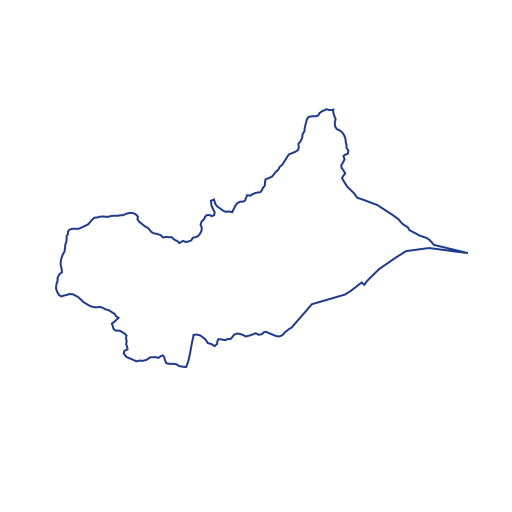 Cícero Dantas, Bahia, Brazil (Robinson projection), rotated 311°
{"feature_id": "56859067B8111110318306", "entity_name": "Cícero Dantas", "entity_type": "district", "adm_level": 2, "iso_a3": "BRA", "parent_name": "Brazil", "parent_adm1": "Bahia", "projection": "robinson", "projection_center": [-38.461, -10.521], "detail": "fine", "context": "isolated", "style": "outline", "palette": "blue", "viewbox_px": 512, "rotation_deg": 311, "n_neighbors": 0, "source": "geoboundaries", "source_scale": "gbopen_adm2", "svg_char_len": 3884}
<svg xmlns="http://www.w3.org/2000/svg" viewBox="0 0 512 512"><g transform="rotate(311 256 256)"><path d="M271.1,187.3L268.2,185.8L265.2,188.8L263.5,192.1L261.9,196.1L259.5,197.6L257.1,196.5L256.2,193.6L254.4,192.0L252.0,191.9L249.6,192.7L246.5,192.3L243.3,193.6L241.6,196.8L239.0,198.4L236.7,199.0L234.5,199.2L232.3,199.0L230.5,197.8L228.0,196.4L225.4,196.9L223.0,195.7L220.6,194.0L219.5,191.0L215.5,189.7L215.6,186.8L214.7,183.4L214.9,180.0L213.1,178.0L211.9,176.1L209.0,173.7L209.2,170.3L207.6,166.6L205.9,163.7L205.5,161.1L206.3,156.3L205.5,152.9L205.4,148.8L205.2,144.9L206.0,142.4L208.3,141.0L208.5,137.6L207.7,135.1L205.9,132.6L202.5,130.2L199.8,129.0L197.4,126.7L194.9,124.5L193.4,122.5L190.8,120.2L188.2,118.4L185.8,115.1L183.2,112.3L180.9,110.9L178.9,108.9L175.5,108.5L172.6,108.5L169.6,108.5L166.1,107.0L163.1,105.7L160.1,104.2L158.3,102.2L156.2,99.6L153.5,98.0L151.0,98.0L149.3,99.7L146.6,100.0L144.5,102.1L142.5,103.4L139.8,104.5L136.7,106.6L133.9,108.5L130.0,109.3L126.0,110.9L123.1,112.7L121.0,114.6L118.9,117.5L116.5,120.2L112.9,119.6L109.2,120.6L107.5,122.3L105.2,123.2L102.4,124.8L100.3,126.4L98.6,129.3L97.3,132.7L97.8,135.7L99.9,136.8L102.6,138.8L104.6,139.9L106.8,142.5L107.6,145.6L108.3,148.3L108.3,152.2L108.0,155.5L108.6,159.4L109.3,163.4L110.9,167.1L113.0,169.7L114.8,171.1L116.2,173.8L117.0,177.3L118.5,180.3L118.9,183.4L119.6,187.3L118.8,189.5L119.1,192.8L113.5,192.3L110.5,191.5L109.0,194.1L107.4,196.5L107.7,199.2L109.8,201.5L110.7,204.2L111.2,207.8L111.1,210.4L108.9,211.6L106.9,214.2L104.2,215.9L103.1,218.0L101.2,220.3L98.1,218.9L95.7,220.1L94.8,224.4L95.7,227.4L96.8,230.7L98.0,234.8L100.8,236.8L102.4,239.2L105.8,241.5L110.0,242.6L111.7,244.4L113.4,246.0L115.1,249.2L117.8,249.8L119.9,250.9L119.4,253.3L117.7,255.5L116.2,258.7L118.2,261.9L120.6,264.6L122.2,267.2L122.4,270.1L124.4,273.4L126.4,276.1L131.5,274.2L134.1,272.9L138.0,270.8L149.8,263.8L152.9,262.3L155.4,260.6L157.8,262.7L159.5,266.1L159.8,269.7L159.7,273.5L158.6,276.7L160.3,280.0L160.7,283.8L164.2,284.3L166.6,282.6L168.8,282.3L170.7,285.2L172.4,288.2L174.5,288.9L176.8,291.3L179.7,291.3L182.1,291.0L185.3,292.8L186.7,295.2L187.8,297.8L188.5,301.0L191.6,303.2L194.7,305.0L197.5,306.4L198.3,309.7L200.9,311.8L203.3,311.9L205.3,313.1L206.2,316.1L207.8,320.8L208.9,324.0L210.5,326.3L212.9,327.6L215.0,328.0L217.5,327.9L219.7,328.4L222.4,328.8L225.2,329.8L248.9,329.8L252.0,329.8L256.3,329.8L285.1,348.3L291.7,350.4L305.3,353.1L305.3,356.6L310.0,356.2L327.0,357.5L336.2,359.9L340.9,361.1L346.4,362.5L358.1,366.0L373.3,379.4L375.7,381.6L379.3,387.0L389.1,401.9L397.2,414.0L381.1,383.0L381.7,379.0L381.9,376.3L381.7,373.5L380.4,370.1L378.8,366.2L376.2,354.8L377.3,351.5L376.5,347.4L376.5,343.6L377.2,339.5L376.6,332.4L374.1,314.3L367.9,297.6L366.5,294.7L366.8,292.2L367.6,289.4L367.9,285.0L368.2,279.1L371.1,269.8L374.0,269.3L376.8,269.2L378.1,265.5L378.7,262.6L380.5,260.8L383.7,260.3L387.1,259.4L388.8,256.4L390.9,256.8L393.4,258.2L396.2,256.5L397.0,253.3L399.6,251.0L400.8,249.0L402.7,247.2L404.2,244.8L405.4,242.1L405.9,239.1L405.6,236.5L404.8,233.6L405.6,230.9L408.0,228.2L411.5,226.3L413.5,222.5L415.4,219.6L417.2,218.4L414.5,216.0L412.8,212.7L410.7,212.0L408.5,210.8L405.6,210.2L402.8,210.7L400.7,209.5L398.9,207.3L395.5,204.4L392.3,204.8L389.6,206.2L386.4,207.8L384.1,209.1L382.1,210.7L378.8,211.1L375.4,213.3L371.6,214.4L368.5,214.4L365.9,217.1L363.8,218.2L360.9,217.5L357.2,215.7L354.3,214.2L352.1,214.4L349.3,214.9L346.3,215.3L342.3,216.0L338.8,215.4L335.7,216.2L332.3,215.7L329.5,215.9L326.5,216.0L323.0,214.4L320.1,212.9L317.0,214.8L314.8,216.5L311.9,216.5L309.7,217.3L307.0,217.4L303.5,214.4L300.5,212.9L297.7,212.1L296.1,209.4L293.4,210.4L290.8,211.3L288.7,210.7L286.6,208.5L283.8,207.2L280.6,207.4L278.0,208.1L275.5,208.7L273.4,209.3L271.8,206.3L269.2,203.7L268.6,201.0L268.4,198.5L268.0,194.4L268.6,191.1L271.1,187.3Z" fill="none" stroke="#1e3a8a" stroke-width="2"/></g></svg>